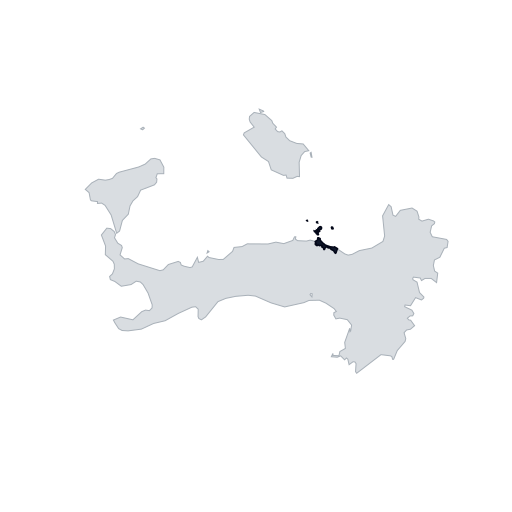 where Livorno sits in Italy, rotated 133°
{"feature_id": "ITA-5380", "entity_name": "Livorno", "entity_type": "Province", "adm_level": 1, "iso_a3": "ITA", "parent_name": "Italy", "parent_adm1": "", "projection": "albers", "projection_center": [10.397, 42.98], "detail": "fine", "context": "in_parent", "style": "filled", "palette": "ink", "viewbox_px": 512, "rotation_deg": 133, "n_neighbors": 0, "source": "natural_earth", "source_scale": "10m", "svg_char_len": 5968}
<svg xmlns="http://www.w3.org/2000/svg" viewBox="0 0 512 512"><g transform="rotate(133 256 256)"><path d="M119.5,122.0L121.9,123.6L131.5,120.7L137.2,122.8L142.0,119.8L145.2,115.1L144.6,111.4L152.3,105.8L152.9,112.5L157.1,117.1L161.1,118.2L160.1,120.9L164.1,126.5L165.7,126.0L166.3,125.0L165.3,120.4L171.2,111.5L171.5,105.2L172.5,104.6L175.3,105.0L177.6,110.9L187.0,109.1L190.2,113.6L191.7,112.7L189.3,105.1L190.4,101.3L192.9,100.6L194.7,102.4L198.3,102.9L198.5,100.6L197.5,99.1L198.8,92.5L204.2,93.1L207.4,95.4L211.1,95.4L214.3,90.1L216.8,88.7L228.8,88.2L237.7,84.9L238.4,85.6L236.9,88.1L237.4,89.7L242.9,97.3L273.1,102.4L272.7,104.3L266.5,109.4L266.0,111.3L267.1,112.9L272.0,113.8L268.8,118.5L268.9,120.3L271.5,120.4L271.3,126.0L274.6,127.5L278.3,132.2L274.8,133.3L276.2,131.9L272.4,127.3L268.7,129.5L262.6,127.6L258.7,132.2L244.9,138.2L247.3,135.6L246.3,135.6L241.3,139.0L240.3,145.8L244.3,152.4L247.5,154.7L246.2,158.8L244.3,160.4L241.8,159.4L241.2,163.0L242.8,172.7L245.1,179.5L252.3,186.9L257.5,189.2L273.7,200.3L280.0,213.0L285.7,229.1L290.1,235.0L299.3,243.3L307.6,249.2L315.3,252.7L334.9,251.3L339.9,252.4L340.7,255.1L339.9,257.0L334.3,262.0L334.3,265.6L337.2,268.0L351.1,273.7L365.3,278.3L375.2,284.9L387.7,290.0L398.0,298.5L401.8,303.1L402.8,306.9L401.1,313.7L400.1,316.6L393.0,313.4L386.6,302.5L374.6,301.6L370.9,299.9L368.7,296.7L364.9,296.6L362.5,298.6L356.7,309.7L353.9,319.2L353.9,322.9L356.1,326.4L362.1,327.9L370.0,333.9L370.9,341.9L372.6,346.4L370.8,349.1L367.0,348.8L362.0,350.8L358.7,354.0L357.4,357.0L357.8,367.1L351.3,372.8L346.1,383.4L337.4,384.1L335.1,381.0L334.8,376.4L336.1,373.4L339.2,371.9L340.9,365.8L340.0,361.5L341.1,359.5L347.9,356.2L347.8,350.1L345.0,347.6L342.1,336.8L332.3,316.3L329.4,314.4L322.0,314.3L313.0,309.2L312.3,306.9L313.6,304.6L312.5,301.6L309.5,296.4L307.5,295.2L296.9,298.0L299.8,293.6L295.8,291.0L289.2,291.3L289.2,289.4L284.1,281.0L280.8,277.6L268.6,276.3L264.7,277.9L258.6,272.6L253.1,270.7L239.0,255.4L232.3,250.9L228.0,244.1L219.5,239.7L215.8,240.9L214.8,240.0L216.8,238.6L216.4,236.0L210.7,229.3L207.4,227.2L205.1,222.8L200.4,221.8L200.5,213.9L198.7,208.4L195.7,203.7L193.9,192.4L192.5,189.2L189.2,186.8L181.6,184.1L171.2,176.7L158.8,173.1L153.7,175.5L140.3,190.8L127.9,194.0L127.8,190.8L132.7,183.7L131.8,180.9L124.2,181.6L114.5,174.6L113.4,168.8L116.4,163.4L118.1,162.1L117.3,158.4L111.5,155.0L109.3,150.1L109.2,148.4L110.7,147.6L114.2,148.1L119.9,144.8L121.7,140.2L113.9,127.9L114.3,125.5L119.5,122.0ZM247.5,190.1L247.8,187.2L245.3,189.1L246.1,190.4L247.5,190.1ZM334.4,373.4L324.8,389.9L321.9,400.9L322.6,405.0L325.7,407.8L324.3,409.0L327.8,413.9L327.9,415.3L323.5,421.3L323.7,426.3L314.6,426.0L307.2,423.5L303.3,417.9L300.3,415.6L297.1,413.9L290.8,414.3L288.0,413.2L270.9,402.5L264.3,399.7L256.7,399.1L253.7,396.7L251.2,391.8L253.9,384.0L258.7,379.6L263.2,384.3L267.0,382.6L267.2,381.0L269.8,379.0L273.2,378.8L286.5,385.3L293.3,383.1L299.6,383.6L305.3,382.3L312.5,377.9L321.1,378.0L330.8,372.8L334.4,373.4ZM178.3,290.9L182.6,303.6L178.4,311.3L179.9,319.6L176.0,347.8L174.0,348.6L163.0,345.2L162.0,351.7L160.5,354.3L158.3,355.9L152.3,355.3L146.5,346.0L146.2,336.8L147.5,334.2L147.8,328.9L150.0,328.6L150.3,325.0L149.0,323.1L146.8,322.4L146.9,318.4L148.6,315.3L148.7,310.0L145.9,303.0L141.9,297.9L143.0,289.2L146.4,291.6L151.7,291.5L158.0,288.4L168.3,278.3L169.7,280.2L174.0,282.0L177.9,286.4L176.3,289.2L178.3,290.9ZM197.5,225.4L198.4,227.4L198.1,230.2L196.0,228.6L191.0,229.2L190.5,227.8L196.6,226.6L197.5,225.4ZM148.0,350.6L146.4,353.8L144.9,349.5L145.1,348.9L148.0,350.6ZM146.1,283.1L143.8,286.6L142.6,286.4L145.6,282.4L146.1,283.1ZM241.7,427.1L238.8,426.4L238.6,424.8L241.0,425.0L241.7,427.1ZM287.2,293.8L284.9,294.9L284.9,293.2L287.2,293.8Z" fill="#d9dde1" stroke="#a8b0b8" stroke-width="1"/><path d="M205.0,222.6L204.4,222.4L203.2,222.1L202.0,222.0L201.0,222.4L201.1,222.7L201.1,222.9L200.5,223.2L200.0,222.7L199.5,221.0L200.1,220.5L200.4,219.9L201.0,218.1L200.9,217.7L200.9,216.9L201.0,216.2L201.1,215.8L200.9,215.2L200.8,214.5L200.8,213.2L200.7,212.5L200.4,211.8L198.5,207.8L196.9,205.6L196.6,205.2L195.8,204.9L195.6,204.3L195.1,201.8L195.0,201.5L199.2,199.6L199.8,199.7L199.9,200.5L199.7,201.2L199.5,201.8L199.3,202.4L199.3,203.3L199.9,205.3L199.9,206.2L199.8,207.4L199.9,207.8L200.0,208.2L200.2,208.4L200.4,208.5L200.6,208.4L200.9,208.8L200.9,209.7L201.0,210.1L201.2,210.4L201.5,210.7L202.1,211.0L202.4,211.1L203.7,210.7L204.3,210.4L204.6,210.4L204.9,210.6L204.9,211.0L204.7,211.3L204.2,212.1L204.1,212.3L204.1,212.8L204.5,213.6L204.4,214.1L204.2,214.3L203.7,214.2L203.5,214.3L203.3,214.5L203.3,214.9L203.4,215.2L203.5,215.4L205.1,216.5L205.3,217.1L205.4,217.5L205.4,217.9L205.4,218.2L205.8,218.3L206.5,218.3L206.8,218.4L207.0,218.8L207.1,220.2L206.9,220.8L206.6,220.6L206.2,220.2L205.8,220.3L205.7,220.6L205.7,221.4L205.6,221.7L205.2,222.3L205.0,222.6ZM198.6,225.8L198.5,226.1L198.3,226.4L198.3,226.8L198.5,227.2L198.3,227.7L198.1,228.1L197.8,228.4L197.3,228.5L197.8,228.7L198.2,229.3L198.3,229.9L198.0,230.4L197.9,230.1L197.7,230.0L197.4,230.0L197.1,229.9L197.0,229.7L196.8,229.1L196.7,229.0L196.4,228.8L196.1,228.5L195.8,228.5L195.5,229.2L195.3,228.7L194.3,229.2L193.8,228.7L193.7,229.3L193.6,229.5L193.4,229.5L191.4,229.4L190.9,229.2L190.4,228.7L190.3,227.8L190.6,227.3L191.1,226.9L191.7,226.7L192.2,226.7L192.5,226.8L193.0,227.1L193.3,227.2L193.7,227.2L194.3,227.2L194.2,227.0L194.2,226.9L194.5,226.7L194.5,226.4L194.9,226.5L195.8,226.5L195.7,226.9L195.9,227.1L196.3,227.1L196.5,227.1L196.6,226.7L196.8,226.6L197.0,226.4L197.4,225.4L197.6,225.0L197.9,224.9L198.1,225.0L198.3,225.2L198.5,225.5L198.6,225.8ZM184.0,218.5L184.4,219.2L184.0,219.8L183.6,220.4L183.1,220.4L182.7,219.7L183.2,218.4L183.7,218.2L184.0,218.5ZM190.0,234.1L190.2,234.3L190.2,234.5L189.9,234.9L189.6,234.9L189.2,234.7L189.1,234.3L189.3,234.2L189.6,233.9L189.8,233.5L190.0,233.8L190.0,234.1ZM195.1,242.4L195.3,242.2L195.5,242.6L195.5,243.1L195.0,243.0L195.1,242.4Z" fill="#0f172a" stroke="#020617" stroke-width="1.5"/></g></svg>